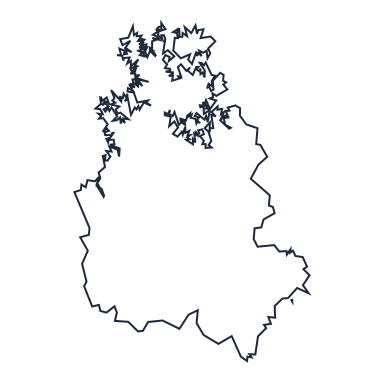 La Chorrera, Panama
{"feature_id": "35544464B93152851867893", "entity_name": "La Chorrera", "entity_type": "district", "adm_level": 2, "iso_a3": "PAN", "parent_name": "Panama", "parent_adm1": "", "projection": "orthographic", "projection_center": [-79.87, 8.978], "detail": "fine", "context": "isolated", "style": "outline", "palette": "slate", "viewbox_px": 384, "rotation_deg": 0, "n_neighbors": 0, "source": "geoboundaries", "source_scale": "gbopen_adm2", "svg_char_len": 5884}
<svg xmlns="http://www.w3.org/2000/svg" viewBox="0 0 384 384"><path d="M74.4,192.1L89.5,227.9L88.9,234.8L80.2,237.3L87.8,250.7L82.1,263.9L86.5,281.6L84.1,286.2L92.2,306.5L98.9,304.9L100.4,310.9L106.4,312.6L114.5,306.3L116.9,312.6L114.9,320.9L128.2,321.8L138.0,331.4L142.9,330.8L148.1,322.0L162.5,320.5L179.4,328.8L188.6,314.7L197.8,310.2L196.6,323.1L203.6,335.0L218.4,343.9L231.7,336.1L240.9,356.7L247.1,361.0L247.4,356.7L251.6,357.4L249.4,354.2L255.3,354.5L258.0,336.3L266.2,328.1L264.0,324.8L270.9,323.9L268.4,317.0L275.1,317.7L274.7,306.0L282.5,298.5L288.0,298.1L297.1,288.0L308.7,293.3L302.9,285.2L309.6,275.3L303.4,269.2L307.0,266.7L302.7,257.1L295.5,256.0L292.9,250.6L290.1,252.7L290.4,249.4L286.9,254.5L286.5,251.1L279.3,251.5L274.2,245.1L257.6,246.7L253.7,239.1L254.6,228.3L261.3,227.4L263.5,219.5L274.6,213.2L272.9,206.9L268.9,205.6L269.8,195.3L250.8,178.8L258.4,164.7L267.2,156.8L260.4,144.9L256.2,144.1L257.5,128.2L246.3,124.4L239.9,115.6L240.1,108.2L235.4,105.4L227.7,107.6L229.5,110.6L225.7,111.2L227.5,114.7L224.8,115.9L229.3,117.3L223.8,118.1L225.0,124.6L230.8,127.8L229.1,128.7L220.1,120.2L224.4,116.2L221.7,117.3L223.9,112.1L221.0,114.2L222.1,108.8L217.4,109.7L217.6,106.4L211.5,112.0L215.8,116.4L211.3,114.9L213.3,128.1L210.3,128.1L209.4,132.6L209.9,122.5L204.7,128.2L208.5,131.7L211.3,141.1L208.6,145.0L211.6,147.5L205.6,147.9L205.6,144.1L202.4,144.1L203.9,140.8L199.8,136.1L203.9,134.2L202.2,129.4L198.2,130.3L199.3,133.3L198.0,134.6L195.2,131.0L197.0,135.3L194.2,133.5L195.4,142.4L192.9,139.0L192.9,144.3L186.1,139.8L189.6,139.2L187.0,137.3L190.2,135.1L187.7,135.0L189.2,130.9L185.4,132.8L185.2,126.7L182.8,134.7L181.9,131.7L177.5,136.6L172.9,133.8L178.0,127.7L174.4,121.4L169.2,126.2L170.8,116.7L164.8,115.2L164.8,112.6L167.9,114.1L170.0,109.9L169.2,114.0L172.7,116.2L174.5,112.0L178.9,124.9L181.3,122.2L185.1,124.8L184.7,121.6L180.6,120.8L180.4,118.6L186.1,120.4L187.3,115.6L189.9,113.6L188.8,116.3L191.7,114.5L190.6,117.7L195.5,118.9L196.4,123.7L198.1,121.2L200.1,123.4L197.0,119.9L199.0,117.6L194.8,116.0L196.5,113.0L204.5,119.7L206.1,115.9L207.7,122.1L209.8,110.0L203.9,113.8L203.6,108.4L208.5,108.7L206.9,107.2L207.3,105.2L200.4,107.3L199.8,105.3L204.0,105.4L202.6,101.9L204.5,104.6L205.3,104.0L205.0,102.9L206.0,100.1L210.0,109.1L216.2,100.5L209.8,98.5L213.0,97.1L212.5,93.3L216.3,95.9L227.4,89.4L223.3,84.5L226.1,82.3L223.1,80.8L223.6,74.9L220.2,72.8L212.8,80.8L213.5,89.7L211.0,90.8L208.4,85.1L207.0,88.6L208.6,83.7L212.3,86.4L211.7,81.3L215.0,75.7L211.6,74.9L205.7,62.6L204.0,65.3L201.5,62.9L199.7,62.8L204.8,70.6L204.5,77.5L202.7,72.5L200.5,74.2L200.3,68.3L199.8,71.6L196.5,69.5L198.5,66.9L196.2,67.0L192.7,75.0L187.6,70.4L190.1,67.4L186.4,70.9L181.0,64.3L177.9,67.1L181.1,76.5L178.1,76.2L178.8,77.6L180.2,77.2L180.9,78.0L172.1,80.7L173.0,75.6L168.8,76.0L172.9,73.3L172.9,72.4L165.6,71.7L170.2,70.6L170.1,68.8L164.9,68.2L167.1,64.5L162.9,59.9L165.3,55.1L169.6,56.9L168.8,61.1L174.3,56.3L167.8,50.2L163.0,53.5L165.3,38.7L163.8,35.1L161.3,35.3L162.5,39.7L158.1,35.3L158.5,31.5L165.5,29.1L161.3,23.0L161.4,29.5L161.2,26.5L158.6,26.9L156.4,29.6L157.0,30.7L158.7,29.3L159.9,30.2L152.9,34.8L156.0,36.0L159.6,39.9L152.4,37.9L155.6,40.0L152.1,41.3L152.2,48.5L149.9,47.6L149.9,49.9L153.3,51.0L152.3,51.6L154.2,52.9L155.7,55.4L155.2,56.0L150.1,50.9L147.3,57.2L145.0,51.4L147.1,47.5L145.3,47.9L143.5,54.6L145.7,56.8L139.8,55.0L143.1,51.7L140.9,51.9L138.4,50.8L143.9,48.7L139.0,47.4L146.2,46.9L146.4,44.3L141.1,45.6L143.9,42.0L138.9,44.5L144.4,39.7L141.3,38.8L141.9,40.8L138.1,41.0L141.5,35.6L136.7,36.3L137.1,32.9L134.0,35.1L132.9,26.3L128.3,37.7L120.2,39.1L122.5,45.2L130.4,40.8L125.4,47.7L131.6,52.2L125.6,49.7L127.0,53.8L123.8,54.4L124.8,50.9L119.4,48.6L121.1,55.1L117.0,55.1L122.1,55.8L123.5,60.7L123.8,58.0L129.5,57.5L127.2,63.5L130.8,60.9L131.0,66.1L138.4,59.4L134.9,65.1L137.1,66.2L130.3,68.3L131.9,71.6L134.4,68.7L135.9,68.5L135.1,71.4L130.3,73.6L135.3,73.6L135.2,77.5L136.0,75.6L139.6,74.9L135.9,77.9L148.7,81.9L137.6,79.4L142.4,86.2L137.2,80.8L136.8,82.4L138.3,85.0L138.1,86.5L135.2,83.9L136.0,79.5L132.5,79.4L133.5,84.6L129.7,83.7L135.0,87.4L130.0,85.9L132.9,90.6L127.9,88.2L127.5,91.5L133.8,92.6L137.3,102.5L148.2,100.4L146.3,102.7L151.1,105.7L143.8,102.5L139.6,109.7L138.4,106.1L136.5,109.4L134.8,107.5L131.0,114.8L127.9,99.0L124.7,101.2L127.5,97.4L127.3,93.8L125.9,97.2L123.6,93.7L122.9,98.1L119.3,96.3L121.3,98.5L121.2,101.5L111.1,90.1L114.5,98.1L112.3,100.6L115.3,102.7L110.8,104.5L119.3,106.5L115.6,109.5L117.7,113.6L120.4,112.6L128.3,119.2L123.3,118.5L124.8,123.0L121.9,120.0L120.7,123.6L120.2,117.4L116.9,120.2L112.9,120.8L117.3,116.4L111.5,107.5L109.4,111.0L108.2,108.1L105.3,111.6L103.7,109.3L108.5,106.4L105.1,103.1L102.2,105.5L104.8,101.2L108.8,103.2L106.7,97.5L102.4,100.7L101.0,97.3L100.1,97.3L101.0,103.8L95.5,108.6L100.3,109.2L102.8,114.2L98.4,113.7L101.1,116.0L99.0,118.6L103.2,118.2L107.7,124.3L102.7,131.7L106.8,128.5L108.9,130.9L104.6,132.3L105.1,135.0L111.1,135.2L112.1,133.1L113.0,132.8L113.5,132.9L110.2,137.7L106.4,138.8L108.1,142.4L108.6,139.9L113.7,139.7L114.4,144.2L109.8,144.7L119.6,148.5L119.1,156.6L117.6,149.7L109.3,146.5L111.5,151.6L106.3,151.0L110.4,156.5L107.6,160.5L104.9,160.7L105.5,155.1L102.8,156.0L105.0,167.0L98.6,172.5L100.3,178.2L97.3,183.2L99.3,186.8L97.8,185.9L97.2,186.2L101.6,188.8L104.1,195.7L103.6,196.8L96.5,185.0L98.9,177.0L94.9,181.3L87.5,180.1L85.7,187.3L81.5,184.6L80.8,190.0L74.4,192.1ZM195.5,25.4L191.3,33.1L184.8,27.2L187.1,36.2L182.6,33.0L182.4,36.8L179.5,36.9L179.2,28.2L177.4,32.5L177.5,29.2L173.1,32.1L177.0,33.1L177.9,38.1L174.8,37.8L173.3,50.6L180.8,58.3L190.1,54.3L188.2,59.6L192.0,64.0L196.1,52.3L198.3,52.8L196.5,55.9L199.3,53.6L201.5,56.2L199.2,50.6L203.3,52.8L206.6,50.6L207.5,58.2L210.2,53.4L208.2,48.4L215.3,41.3L210.7,36.5L200.6,38.1L203.5,29.3L198.2,30.1L197.0,33.9L195.5,25.4ZM292.3,301.8L292.2,299.8L291.3,300.2L292.3,301.8Z" fill="none" stroke="#1e293b" stroke-width="2"/></svg>